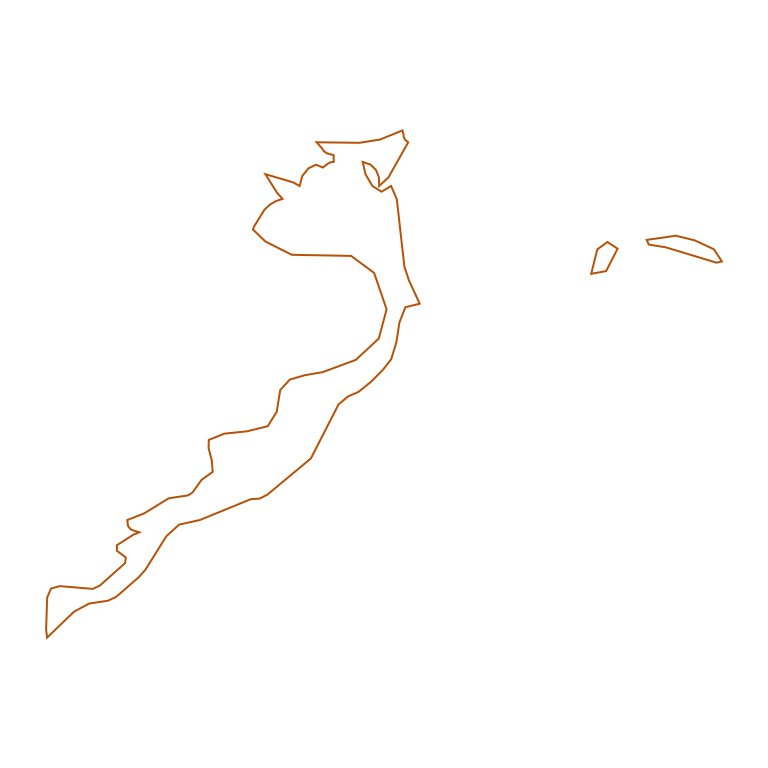 an SVG outline of Acklins
{"feature_id": "BHS-5036", "entity_name": "Acklins", "entity_type": "District", "adm_level": 1, "iso_a3": "BHS", "parent_name": "The Bahamas", "parent_adm1": "", "projection": "orthographic", "projection_center": [-73.948, 22.452], "detail": "fine", "context": "isolated", "style": "outline", "palette": "amber", "viewbox_px": 768, "rotation_deg": 0, "n_neighbors": 0, "source": "natural_earth", "source_scale": "10m", "svg_char_len": 1608}
<svg xmlns="http://www.w3.org/2000/svg" viewBox="0 0 768 768"><path d="M282.5,198.9L277.2,193.0L265.4,174.2L293.0,182.3L299.6,186.0L302.3,176.0L308.5,168.3L316.0,164.7L322.8,167.5L327.9,163.7L330.1,162.4L333.7,161.9L333.7,155.2L326.9,153.3L324.0,151.3L321.8,148.1L316.6,142.3L359.6,142.8L380.2,139.5L402.5,130.4L403.4,133.9L403.7,136.8L404.9,139.6L408.2,142.3L388.5,177.3L379.2,186.0L378.8,176.9L375.8,169.7L370.4,164.6L362.7,161.9L365.5,174.2L372.4,186.0L381.5,191.7L391.1,186.0L396.8,199.2L404.4,266.7L409.0,280.5L419.7,303.7L405.4,307.2L399.4,322.5L396.4,342.3L391.2,359.2L383.1,369.6L371.0,381.8L358.3,392.0L348.2,396.3L338.6,404.3L310.9,458.4L267.3,494.7L259.6,498.6L250.7,499.2L199.9,520.0L179.1,524.6L166.3,536.3L145.3,569.9L138.6,577.3L116.4,596.7L108.0,600.7L89.0,603.6L74.1,611.6L47.1,637.6L46.1,629.4L47.2,597.5L51.0,588.6L59.8,586.1L92.7,588.9L99.8,585.6L125.1,563.1L125.8,557.4L116.9,550.8L116.9,545.2L133.3,534.7L139.2,532.3L134.3,530.8L130.5,529.2L128.0,525.9L127.3,520.0L144.1,513.4L168.7,498.3L188.0,495.4L192.5,492.5L201.6,479.8L212.7,471.9L211.8,460.6L208.6,448.1L208.8,439.9L224.2,433.7L247.0,431.3L267.7,426.2L276.7,411.9L280.2,390.1L289.8,379.6L304.4,375.3L322.8,372.1L355.9,359.8L378.8,338.5L386.6,309.3L374.1,272.9L351.1,255.9L291.8,254.8L265.4,241.5L252.9,229.5L254.3,226.1L264.4,209.8L269.9,204.6L275.9,201.1L282.5,198.9ZM721.9,261.4L716.5,262.7L681.3,252.0L665.7,247.3L648.8,244.6L646.7,239.9L661.6,237.8L675.8,235.7L694.8,240.4L713.8,249.2L721.9,261.4ZM597.3,249.4L607.4,242.0L617.6,248.7L606.1,271.1L591.2,273.8L597.3,249.4Z" fill="none" stroke="#b45309" stroke-width="2"/></svg>